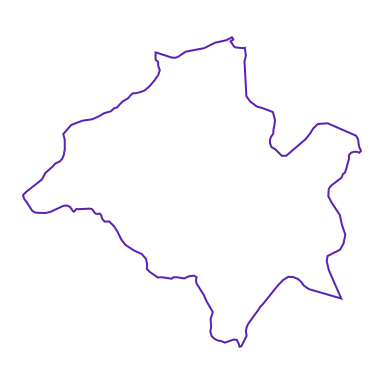 SVG path tracing the border of Taza - Al Hoceima - Taounate
{"feature_id": "MAR-1447", "entity_name": "Taza - Al Hoceima - Taounate", "entity_type": "Region", "adm_level": 1, "iso_a3": "MAR", "parent_name": "Morocco", "parent_adm1": "", "projection": "equal_earth", "projection_center": [-4.152, 34.39], "detail": "fine", "context": "isolated", "style": "outline", "palette": "violet", "viewbox_px": 384, "rotation_deg": 0, "n_neighbors": 0, "source": "natural_earth", "source_scale": "10m", "svg_char_len": 2423}
<svg xmlns="http://www.w3.org/2000/svg" viewBox="0 0 384 384"><path d="M155.6,52.4L155.8,52.4L171.5,57.5L175.2,57.8L177.9,56.9L185.6,51.7L204.0,48.2L215.1,42.7L226.4,40.2L231.9,37.3L233.3,39.3L232.8,40.1L231.2,40.7L230.6,41.3L231.2,42.4L232.1,43.6L234.0,46.5L235.9,47.5L238.7,47.7L242.3,48.1L244.9,47.8L244.9,49.1L245.9,55.4L244.5,61.6L246.4,96.3L250.3,101.6L257.1,106.7L262.3,108.0L272.9,112.1L275.0,120.0L274.5,124.8L273.4,130.0L273.3,133.8L271.1,136.6L270.0,139.7L270.1,143.4L271.4,147.0L275.2,149.2L281.8,155.8L286.3,155.7L305.8,139.0L310.3,133.2L313.2,128.4L317.9,124.0L327.7,123.3L356.0,135.7L358.1,139.3L358.6,143.7L359.3,147.2L361.0,150.8L359.4,152.7L357.2,151.9L354.1,151.7L350.9,152.8L348.9,155.3L349.0,158.7L345.8,170.5L345.4,170.9L345.1,172.5L344.5,173.1L343.0,173.9L342.5,175.0L342.2,176.4L341.3,177.9L331.6,185.2L329.7,187.4L328.6,189.5L328.6,191.4L328.3,196.2L331.5,202.4L339.8,214.9L341.9,224.7L345.3,234.7L343.5,243.6L340.0,249.7L327.6,256.0L326.7,261.2L328.8,270.0L341.2,298.5L309.1,289.2L303.9,285.7L301.4,282.1L298.0,279.0L293.4,277.1L288.2,276.8L282.9,280.2L277.9,285.4L262.5,304.6L260.3,306.5L258.8,309.2L248.4,323.5L246.6,327.2L245.9,331.3L246.6,335.9L241.4,346.2L239.5,346.7L238.8,343.9L236.7,339.8L233.7,339.6L224.9,342.6L221.1,341.1L217.7,340.5L214.5,338.8L211.8,336.4L210.3,331.6L211.2,326.6L210.6,319.2L212.8,312.0L207.0,302.1L203.5,294.5L196.5,283.4L196.0,279.9L196.7,277.3L194.0,275.6L188.9,276.3L184.2,278.4L177.2,277.3L173.5,277.2L171.5,278.7L161.7,277.2L157.9,277.5L150.0,272.1L146.8,268.9L147.1,264.5L146.1,259.1L141.9,254.1L134.3,250.7L125.4,244.9L121.3,239.5L117.3,231.4L114.1,226.4L109.2,221.4L104.7,221.6L102.8,219.6L102.3,218.6L101.4,216.4L101.5,215.8L100.0,213.6L99.5,213.7L96.8,213.9L95.6,213.6L94.1,212.1L93.0,210.3L91.7,209.0L89.5,208.6L78.5,209.2L77.4,209.0L76.4,209.1L74.0,211.7L72.7,210.7L70.1,207.0L67.5,205.7L64.9,205.6L62.4,206.3L50.4,211.9L45.6,213.0L37.4,212.8L34.7,212.3L32.3,210.9L25.9,201.0L24.6,199.6L23.8,197.8L23.0,195.1L25.9,192.1L41.9,179.5L45.5,172.8L52.6,166.6L55.3,163.5L59.5,161.6L62.3,158.7L63.9,154.4L64.8,149.0L64.7,139.8L63.3,134.0L71.2,125.0L82.3,120.7L92.1,119.3L98.9,116.3L104.1,113.2L110.8,111.3L114.1,108.3L116.9,107.5L122.4,101.6L128.4,98.0L130.4,95.4L133.0,93.3L135.7,93.2L139.7,92.3L144.4,90.6L149.7,86.1L154.3,80.6L158.2,75.1L159.8,70.2L158.3,66.1L158.0,61.8L155.6,59.7L155.6,53.4L155.6,52.4Z" fill="none" stroke="#5b21b6" stroke-width="2"/></svg>